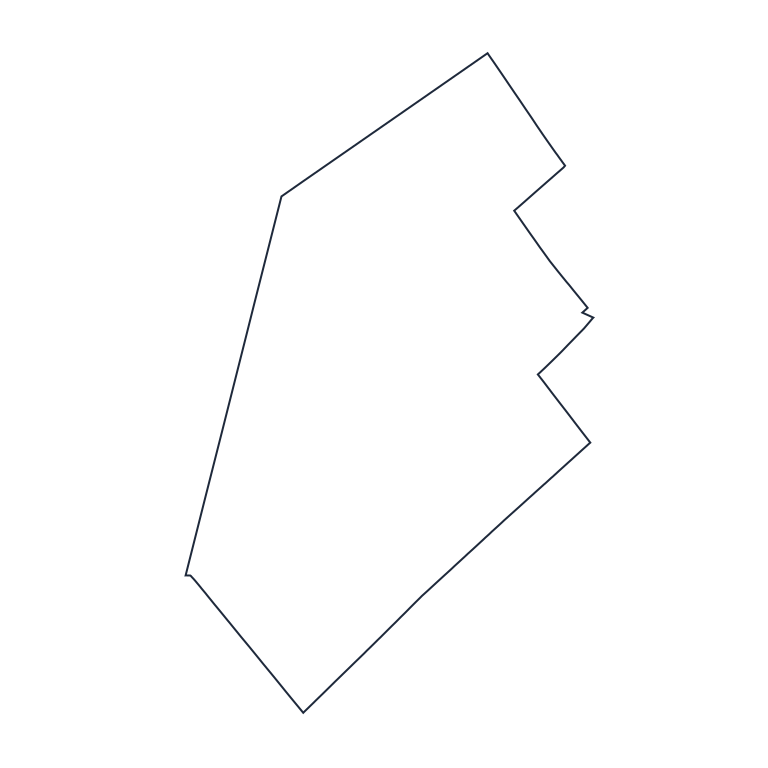 outline of Comuna 12, Ciudad de Buenos Aires, Argentina, rotated 355°
{"feature_id": "61730980B70807838850882", "entity_name": "Comuna 12", "entity_type": "district", "adm_level": 2, "iso_a3": "ARG", "parent_name": "Argentina", "parent_adm1": "Ciudad de Buenos Aires", "projection": "equal_earth", "projection_center": [-58.485, -34.566], "detail": "fine", "context": "isolated", "style": "outline", "palette": "slate", "viewbox_px": 768, "rotation_deg": 355, "n_neighbors": 0, "source": "geoboundaries", "source_scale": "gbopen_adm2", "svg_char_len": 2291}
<svg xmlns="http://www.w3.org/2000/svg" viewBox="0 0 768 768"><g transform="rotate(355 384 384)"><path d="M218.5,417.3L196.6,480.0L180.3,526.9L169.7,557.4L170.0,557.4L171.5,557.6L172.7,557.7L174.1,557.9L174.3,557.9L174.9,558.4L175.3,559.0L176.3,560.3L177.1,561.3L177.7,562.1L177.8,562.3L178.3,562.9L183.5,570.4L184.4,571.8L188.1,577.1L189.2,578.8L196.2,589.2L197.2,590.6L202.0,597.6L207.7,606.0L208.7,607.4L213.5,614.5L219.6,623.5L226.4,633.3L233.2,643.3L239.6,652.8L246.5,662.8L252.2,671.2L257.8,679.5L259.0,681.3L263.5,687.9L269.2,696.2L274.9,704.5L276.3,703.3L286.5,695.0L288.4,693.4L298.1,685.5L309.7,675.9L321.0,666.7L330.9,658.6L340.9,650.5L343.8,648.0L345.8,646.4L350.8,642.3L355.7,638.2L358.7,635.8L360.7,634.1L370.5,625.9L375.5,621.8L380.3,617.7L385.3,613.6L390.2,609.4L396.5,604.1L401.7,599.8L403.2,598.5L409.3,593.9L418.6,586.7L428.0,579.5L429.2,578.6L435.6,573.7L438.6,571.3L444.1,567.1L452.1,560.9L452.7,560.4L453.8,559.6L461.4,553.8L470.3,546.9L471.4,546.0L475.9,542.6L477.4,541.4L478.5,540.5L486.8,534.2L489.0,532.5L491.9,530.2L495.9,527.2L499.6,524.4L503.5,521.5L505.1,520.3L518.7,510.0L523.8,506.2L524.0,506.0L525.2,505.1L527.2,503.6L534.1,498.4L534.9,497.8L535.4,497.5L536.6,496.6L542.3,492.2L543.6,491.3L550.5,486.0L551.8,485.0L560.0,478.8L568.2,472.6L575.2,467.3L582.6,461.7L584.4,460.4L577.7,450.0L571.2,439.8L564.0,428.4L557.3,418.0L550.4,407.2L543.3,395.9L538.1,387.9L541.5,385.3L541.7,385.1L546.4,381.4L555.6,373.9L561.9,368.7L563.8,367.1L571.0,360.8L579.7,353.3L588.2,346.0L589.1,345.1L597.5,336.8L598.3,336.1L594.6,334.0L587.8,330.2L593.5,325.9L587.4,316.8L581.0,307.4L577.0,301.4L574.7,298.2L570.7,292.3L567.0,286.8L560.0,276.2L554.0,266.1L551.4,261.8L546.2,252.8L543.6,248.4L541.5,244.8L536.2,235.6L528.8,222.7L536.4,217.2L544.0,211.6L551.3,206.2L558.8,200.7L566.2,195.3L570.3,192.3L573.7,189.8L581.8,183.9L583.4,182.3L583.1,181.8L580.6,177.7L580.3,177.1L579.3,175.5L577.7,172.8L576.6,170.9L575.2,168.7L572.8,164.6L568.1,156.5L563.8,149.0L558.7,139.9L554.2,131.6L549.3,122.9L544.1,113.5L539.3,105.0L534.5,96.4L529.5,87.4L524.5,78.5L520.2,70.9L519.9,70.4L519.6,69.9L519.1,69.0L517.9,66.9L517.2,65.7L516.5,64.4L516.0,63.5L438.1,108.1L320.6,175.3L298.2,188.2L283.0,231.8L262.1,291.7L252.1,320.6L218.5,417.3Z" fill="none" stroke="#1e293b" stroke-width="2"/></g></svg>